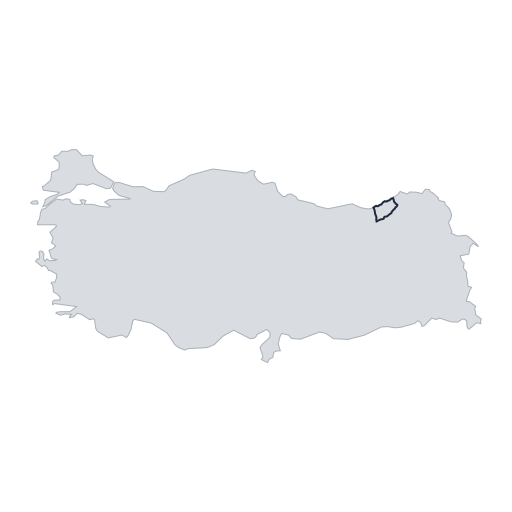 location of Rize within Turkey
{"feature_id": "TUR-2301", "entity_name": "Rize", "entity_type": "Province", "adm_level": 1, "iso_a3": "TUR", "parent_name": "Turkey", "parent_adm1": "", "projection": "albers", "projection_center": [40.921, 40.922], "detail": "fine", "context": "in_parent", "style": "outline", "palette": "slate", "viewbox_px": 512, "rotation_deg": 0, "n_neighbors": 0, "source": "natural_earth", "source_scale": "10m", "svg_char_len": 4405}
<svg xmlns="http://www.w3.org/2000/svg" viewBox="0 0 512 512"><path d="M400.1,191.5L407.4,194.0L409.7,192.0L416.3,192.2L422.1,193.6L425.3,189.2L429.5,189.6L430.3,191.8L432.3,192.5L438.5,197.9L437.8,198.6L439.3,200.6L444.6,201.8L445.2,204.5L449.4,208.6L451.7,214.9L450.6,219.4L448.4,222.3L452.0,231.9L451.0,233.2L457.6,236.1L465.7,235.3L468.3,236.6L476.5,243.9L478.6,246.7L473.0,243.3L470.1,246.6L468.8,254.1L460.2,255.8L461.7,260.7L464.1,262.8L463.5,267.5L464.2,269.3L466.7,272.2L466.5,276.4L467.7,280.7L467.9,286.0L471.6,287.4L470.0,289.9L466.3,300.7L466.6,301.5L469.4,301.7L475.8,306.4L474.7,308.0L475.7,314.8L481.3,319.0L480.5,321.3L480.8,323.6L476.8,322.7L469.1,329.1L468.2,328.9L467.1,326.9L466.6,320.8L464.7,319.3L462.2,319.1L458.0,322.0L454.0,322.0L450.1,321.6L439.6,318.1L435.9,319.5L431.9,318.1L424.2,325.7L421.9,326.4L420.7,322.7L417.9,320.7L414.5,323.5L401.2,327.2L395.0,327.8L387.5,326.6L381.3,327.0L364.3,335.2L348.0,339.4L333.5,338.7L325.7,333.3L319.5,332.0L300.6,339.2L291.5,338.5L288.6,335.1L281.7,333.5L280.0,336.5L278.2,343.9L280.3,350.8L276.3,351.0L273.7,352.4L272.8,357.5L269.1,359.3L267.7,362.4L267.0,362.4L261.3,359.5L263.1,357.1L260.0,347.4L261.9,344.6L269.9,337.3L270.0,332.7L266.9,329.4L257.0,334.5L256.0,336.7L253.8,338.2L250.2,338.7L233.7,330.2L223.3,335.9L214.1,344.7L207.3,347.6L188.2,348.6L184.7,350.1L178.4,347.5L174.8,344.6L167.1,333.0L151.5,323.2L134.4,319.3L132.6,321.2L131.1,329.3L127.4,336.8L125.8,337.4L122.2,335.0L108.3,337.9L97.5,331.3L95.9,328.8L94.5,319.5L92.9,318.6L90.9,319.6L89.0,319.3L81.4,314.3L77.1,313.4L73.9,316.8L69.4,317.7L69.4,316.6L71.5,314.4L64.6,313.9L60.7,315.2L55.9,313.3L56.4,312.3L60.6,311.7L69.9,311.7L76.6,306.6L54.8,303.6L52.5,304.6L52.7,301.4L54.2,300.2L60.0,299.9L60.1,297.3L57.0,294.0L53.4,291.9L52.8,285.2L51.1,283.2L51.5,282.4L55.2,281.8L56.7,277.1L56.6,274.1L50.1,270.5L48.5,270.5L47.2,267.7L44.5,265.4L41.9,266.5L35.6,261.4L37.3,258.9L39.0,259.2L39.7,257.1L39.0,253.2L39.4,251.3L41.0,251.0L42.7,251.7L44.0,254.2L43.5,258.4L45.0,261.2L46.7,258.9L49.6,260.8L55.5,260.4L56.7,259.5L52.6,258.9L51.3,257.7L49.0,250.2L52.7,248.8L55.8,245.8L51.4,242.8L53.1,238.3L49.9,232.3L56.4,226.4L56.3,225.3L54.7,224.7L37.5,224.8L37.8,221.7L39.5,219.2L40.5,212.7L41.8,209.2L45.0,208.7L49.7,204.1L56.7,199.0L63.0,200.1L65.8,198.8L69.6,199.3L70.3,201.9L73.4,204.1L79.3,204.7L82.3,203.6L80.1,200.1L83.5,199.7L86.0,200.8L84.1,203.9L84.9,204.3L92.6,204.4L100.3,206.4L109.1,207.2L110.4,206.3L104.7,202.1L109.0,199.7L111.3,199.4L129.9,199.1L130.1,198.5L119.1,195.5L113.9,190.8L112.6,188.5L114.4,183.5L115.8,182.3L119.8,182.7L133.2,186.8L143.1,186.6L153.4,191.3L163.7,191.7L165.9,190.4L169.0,185.8L184.3,179.1L189.7,175.3L212.7,169.0L246.0,173.1L252.0,170.2L255.3,171.5L254.2,173.6L254.3,175.7L258.0,180.9L263.7,184.2L272.2,182.2L275.1,183.3L277.6,191.3L282.6,196.3L284.9,196.8L288.2,194.2L291.3,194.0L296.1,196.9L297.7,199.8L313.7,203.6L316.9,206.1L327.8,208.8L352.1,203.8L360.8,207.7L368.2,209.0L371.4,208.5L381.2,204.1L384.3,201.5L390.4,199.4L398.0,194.4L400.1,191.5ZM93.3,156.0L92.2,159.3L93.0,163.4L95.6,169.2L98.6,172.3L113.8,181.8L110.5,188.2L106.4,188.7L92.9,183.5L86.8,185.4L82.9,184.1L77.0,184.4L74.8,188.2L70.1,192.2L58.0,196.1L45.9,205.8L42.7,206.7L44.7,203.1L45.2,199.7L50.3,196.5L57.1,194.5L59.1,192.3L43.3,190.2L42.3,186.4L44.1,186.0L50.2,180.7L51.1,178.3L51.6,172.1L58.4,169.6L59.1,168.2L59.1,162.0L53.8,157.6L54.3,155.9L58.7,155.0L61.7,151.2L67.9,151.3L71.1,149.8L76.5,149.6L82.2,155.8L90.3,155.0L93.3,156.0ZM37.7,204.0L32.2,204.0L30.7,202.8L32.7,201.2L37.0,200.7L38.1,202.8L37.7,204.0Z" fill="#d9dde1" stroke="#a8b0b8" stroke-width="1"/><path d="M373.4,207.5L376.1,205.8L376.9,206.2L377.5,206.2L378.2,206.1L378.9,205.6L379.8,204.8L380.1,204.8L380.8,204.7L381.2,204.5L381.5,204.4L382.8,202.5L384.5,201.3L384.7,201.2L385.1,201.3L386.1,201.6L386.6,201.5L387.5,200.9L387.9,200.8L388.4,200.7L388.9,200.5L389.4,200.2L389.9,199.9L390.8,199.0L391.2,198.6L391.8,198.5L392.4,198.4L392.8,198.3L393.0,198.1L393.7,199.8L393.9,201.0L394.3,202.1L394.8,202.5L395.2,202.8L395.5,203.3L395.7,203.8L396.7,204.3L397.4,205.0L396.7,206.5L395.5,207.3L395.2,207.9L394.9,208.6L394.5,209.0L393.9,209.3L391.7,211.9L391.4,213.1L389.6,214.2L387.2,216.3L386.2,216.6L385.1,216.6L384.3,217.0L383.6,218.8L382.2,219.2L381.3,219.3L380.3,219.5L376.6,221.4L376.2,219.4L376.5,217.4L375.1,213.6L374.8,211.5L374.3,209.4L373.4,207.5Z" fill="none" stroke="#1e293b" stroke-width="2"/></svg>